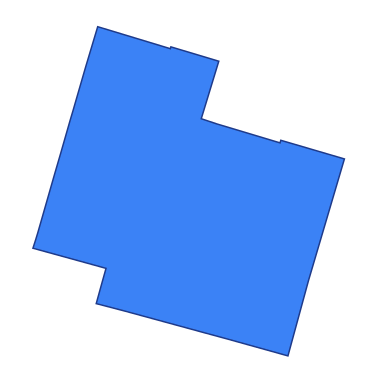 the district of Carbon, Wyoming, United States of America, rotated 106°
{"feature_id": "52423323B98729556539249", "entity_name": "Carbon", "entity_type": "district", "adm_level": 2, "iso_a3": "USA", "parent_name": "United States of America", "parent_adm1": "Wyoming", "projection": "orthographic", "projection_center": [-106.885, 41.717], "detail": "fine", "context": "isolated", "style": "filled", "palette": "blue", "viewbox_px": 384, "rotation_deg": 106, "n_neighbors": 0, "source": "geoboundaries", "source_scale": "gbopen_adm2", "svg_char_len": 569}
<svg xmlns="http://www.w3.org/2000/svg" viewBox="0 0 384 384"><g transform="rotate(106 192 192)"><path d="M289.9,329.4L289.1,253.6L305.6,253.5L325.7,253.3L325.0,224.5L323.9,140.7L323.6,120.9L323.1,54.6L322.7,54.6L245.1,55.6L118.2,54.6L118.0,87.6L117.8,120.9L120.5,120.9L119.7,187.4L119.0,203.3L58.9,202.3L58.9,203.4L58.3,252.3L60.2,252.3L59.1,328.2L101.4,328.7L138.7,328.8L145.8,328.8L156.9,328.9L191.7,328.9L212.3,329.0L270.7,329.0L272.8,329.0L273.1,329.0L274.0,329.0L279.7,329.1L280.4,329.1L289.9,329.4Z" fill="#3b82f6" stroke="#1e3a8a" stroke-width="1.5"/></g></svg>